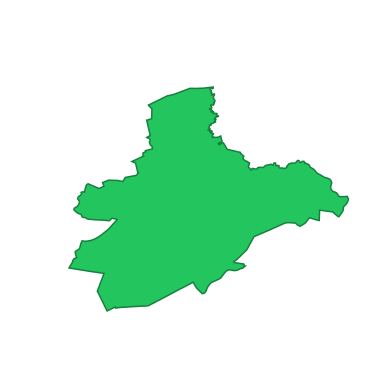 Jelgava, Jelgava, Latvia (Robinson projection), rotated 158°
{"feature_id": "27541924B72876713406332", "entity_name": "Jelgava", "entity_type": "district", "adm_level": 2, "iso_a3": "LVA", "parent_name": "Latvia", "parent_adm1": "Jelgava", "projection": "robinson", "projection_center": [23.697, 56.644], "detail": "fine", "context": "isolated", "style": "filled", "palette": "green", "viewbox_px": 384, "rotation_deg": 158, "n_neighbors": 0, "source": "geoboundaries", "source_scale": "gbopen_adm2", "svg_char_len": 6008}
<svg xmlns="http://www.w3.org/2000/svg" viewBox="0 0 384 384"><g transform="rotate(158 192 192)"><path d="M220.7,93.9L218.7,93.6L218.0,93.7L217.4,94.0L216.3,94.7L214.0,97.2L212.5,98.4L210.7,99.5L209.1,100.4L208.3,100.6L206.1,100.9L200.0,101.1L198.0,101.4L196.8,101.9L192.6,104.5L190.2,105.7L189.5,105.9L187.8,106.1L186.0,105.6L185.1,105.1L182.8,103.5L180.8,102.8L179.9,102.6L178.7,102.5L176.0,102.7L173.1,102.5L170.4,103.4L171.4,103.8L171.3,104.3L170.8,105.3L170.8,105.5L171.2,106.0L178.8,110.5L179.5,111.1L179.6,111.6L178.7,112.1L176.7,112.2L162.8,117.9L151.2,127.4L135.5,127.7L119.2,128.3L116.2,128.2L112.4,126.7L107.7,124.4L106.4,121.5L105.3,120.7L104.8,119.7L99.0,120.6L92.7,124.1L87.8,120.1L84.7,117.9L80.8,126.6L80.5,127.4L68.9,120.7L68.6,119.9L65.9,114.7L64.9,114.0L59.1,117.9L56.9,121.6L54.0,122.7L51.3,124.6L49.5,127.1L49.8,129.9L51.5,130.3L56.6,132.3L57.5,133.3L57.8,134.2L57.8,135.6L58.3,137.0L59.4,138.3L60.7,139.4L61.4,140.3L61.8,141.3L62.0,142.4L61.9,143.4L61.6,144.5L60.9,145.7L59.2,147.9L58.9,148.7L58.8,149.7L59.2,151.6L59.7,152.5L60.8,153.7L63.9,156.2L66.8,160.1L68.7,162.3L69.2,163.2L70.4,167.0L70.9,167.9L71.7,169.0L72.7,170.0L72.9,170.4L73.2,171.2L73.1,172.8L73.8,174.1L75.6,175.8L76.0,176.1L76.1,176.6L76.5,176.5L76.6,177.3L76.7,178.4L77.7,179.0L78.4,179.0L79.8,178.7L80.3,178.7L80.6,178.8L80.9,179.1L81.1,181.0L81.5,181.4L81.9,181.6L82.8,181.5L83.7,180.8L84.1,180.6L85.2,180.4L86.1,180.3L86.6,180.5L88.4,181.4L90.3,181.7L91.6,181.7L92.7,181.3L93.6,180.7L94.3,180.4L94.8,179.8L94.8,179.4L96.3,179.0L96.7,179.0L98.4,179.8L99.5,180.6L101.1,181.1L102.0,181.7L102.2,182.0L102.1,182.5L101.8,183.1L101.5,183.5L101.5,183.8L101.6,184.0L102.9,184.7L103.9,184.8L104.3,185.1L104.4,185.6L103.9,186.5L103.7,187.3L104.3,188.1L104.8,188.2L105.2,188.1L105.9,187.6L106.3,187.1L107.1,186.7L107.4,186.8L108.1,187.9L108.5,188.2L109.0,188.3L109.8,188.3L112.9,188.9L114.3,188.9L115.2,188.7L116.0,188.2L116.7,188.1L117.6,188.4L120.0,189.6L121.7,190.0L122.0,190.0L122.4,189.2L122.6,189.1L124.3,189.3L126.2,190.8L127.1,191.2L127.7,191.1L128.1,190.9L128.8,190.1L129.0,190.2L130.3,194.2L130.2,194.4L127.8,197.2L127.8,197.6L128.7,198.4L129.6,199.9L129.9,199.8L131.9,202.7L132.2,204.1L130.5,205.9L131.0,206.5L131.8,208.4L132.4,209.6L132.5,209.6L132.3,210.6L143.4,218.4L144.3,224.9L144.7,226.0L147.4,225.9L149.0,225.6L149.5,226.4L149.6,227.0L149.2,227.2L145.2,227.6L144.4,233.2L147.5,232.8L147.6,233.2L148.5,233.4L151.2,234.4L150.9,234.5L151.3,234.9L152.5,235.3L152.2,235.6L152.3,236.1L152.0,236.6L151.3,237.2L150.6,237.5L150.3,238.1L151.5,238.7L152.4,239.6L152.5,239.9L152.2,240.0L150.9,240.1L150.7,240.5L150.7,240.8L150.8,240.9L152.3,240.7L152.6,240.8L152.8,241.1L152.6,241.4L151.7,241.5L151.4,241.8L151.7,242.0L152.9,242.3L153.2,243.1L153.8,243.5L153.7,243.8L153.2,244.0L152.8,243.5L152.5,243.4L151.7,243.6L151.5,244.0L151.7,244.7L152.1,245.4L151.7,246.0L151.2,246.3L150.9,246.8L150.6,247.6L150.3,247.5L149.7,247.0L149.4,247.0L149.0,247.1L149.0,247.5L148.6,248.0L146.8,247.9L146.0,248.0L144.2,248.1L144.8,249.0L144.7,249.1L144.0,249.0L143.8,249.2L143.6,249.5L143.1,249.8L142.6,250.4L142.7,250.7L144.0,250.9L144.0,251.2L143.9,251.4L141.5,252.4L139.2,252.2L139.0,252.5L139.3,252.9L140.6,253.4L140.9,253.6L140.9,253.9L140.0,254.3L139.8,254.7L139.6,255.0L139.8,255.1L139.6,255.4L139.7,255.6L140.4,255.8L141.0,256.3L141.9,256.5L142.9,257.0L142.7,257.4L142.0,258.0L142.1,258.5L142.4,258.7L144.2,259.0L144.5,259.4L144.4,259.5L144.1,259.5L143.5,259.3L143.1,259.4L142.8,259.7L142.8,260.0L143.2,261.0L143.6,261.4L144.4,261.7L144.6,261.9L144.7,262.3L144.3,262.6L142.9,262.3L142.5,262.4L142.1,262.6L142.0,262.8L142.2,265.1L141.8,265.6L141.1,265.5L139.9,264.5L138.2,265.7L138.1,266.1L138.4,266.7L137.4,266.9L136.8,267.6L136.6,267.8L136.5,268.5L136.8,268.6L136.9,269.1L136.9,269.8L136.7,270.1L137.0,270.8L136.9,271.5L136.8,271.8L136.0,272.7L135.0,273.4L134.5,274.2L134.7,274.7L136.9,274.3L137.4,274.6L137.5,274.9L136.5,276.1L136.4,276.3L136.5,276.6L137.1,277.0L137.2,277.5L136.3,278.3L136.1,279.0L136.7,279.8L136.8,280.4L136.8,280.9L136.7,281.2L136.4,281.5L135.9,281.6L135.6,281.6L135.0,280.8L134.4,280.2L134.1,280.1L133.9,280.1L133.4,280.4L133.5,280.9L133.1,281.1L133.0,281.4L142.6,284.0L146.8,285.6L148.1,286.0L155.2,288.9L172.6,289.3L179.0,290.4L199.9,288.9L198.8,286.0L198.0,284.3L201.9,275.1L205.9,275.4L207.1,275.6L209.6,260.0L210.9,259.9L211.0,259.6L211.5,259.7L211.5,259.8L213.6,259.5L213.2,258.9L212.5,258.6L212.2,258.3L211.1,256.4L211.3,255.7L211.8,255.1L212.6,254.6L212.9,253.7L213.1,252.8L212.9,251.0L212.1,250.0L212.0,249.5L212.2,248.9L212.5,246.8L219.7,247.8L219.9,246.8L222.9,246.5L222.9,246.1L224.1,243.6L223.9,243.4L236.3,242.8L233.5,239.9L235.0,230.1L234.6,230.1L234.7,229.7L237.5,228.3L248.4,230.5L252.2,227.6L256.1,230.3L264.8,234.2L271.4,234.3L271.5,230.3L276.2,230.1L277.4,230.6L285.2,238.5L286.1,238.5L287.7,237.8L288.3,236.7L289.5,235.4L291.8,232.2L292.7,232.9L294.1,233.2L295.0,233.2L295.0,232.1L295.3,231.5L296.6,230.7L298.3,230.4L299.0,230.2L299.7,229.7L300.3,229.1L300.5,228.4L300.5,228.0L300.0,226.3L300.0,225.8L300.2,224.7L300.4,224.3L301.6,223.1L303.2,221.9L304.3,221.5L306.6,221.2L307.3,221.0L307.6,220.7L307.9,220.2L308.1,219.5L306.8,216.7L305.9,215.2L305.1,214.4L303.7,213.2L303.3,212.5L303.2,212.0L303.2,210.5L303.1,209.8L302.4,209.2L300.3,208.0L299.3,206.4L298.0,205.5L292.2,202.5L283.9,198.7L279.7,196.4L279.0,196.4L278.1,196.7L276.6,197.5L275.9,197.5L275.3,197.2L274.0,196.2L272.5,195.4L271.8,194.4L274.0,193.4L283.2,188.9L287.2,187.6L292.7,186.0L296.2,185.3L299.4,184.9L303.3,184.9L306.7,185.5L309.9,186.5L312.2,187.9L313.4,186.8L315.1,184.9L316.2,183.2L317.9,181.4L322.1,180.6L322.8,180.2L322.7,179.7L323.3,177.7L323.5,175.9L323.5,174.4L326.6,174.3L328.3,173.0L328.3,172.4L334.5,167.6L315.8,156.3L304.1,149.5L317.0,135.4L316.8,134.4L315.3,113.5L306.2,114.1L306.3,113.0L306.0,112.9L301.6,111.8L279.8,104.5L279.5,104.2L275.2,102.9L251.7,105.2L238.2,106.7L237.9,106.6L224.7,107.9L224.0,102.8L223.6,100.8L220.8,94.4L220.7,93.9Z" fill="#22c55e" stroke="#15803d" stroke-width="1.5"/></g></svg>